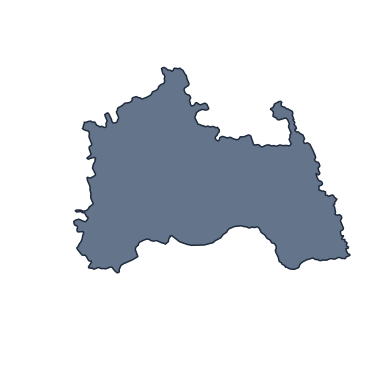 Yizre'el, HaZafon, Israel (Natural Earth projection), rotated 335°
{"feature_id": "584046B83064859640631", "entity_name": "Yizre'el", "entity_type": "district", "adm_level": 2, "iso_a3": "ISR", "parent_name": "Israel", "parent_adm1": "HaZafon", "projection": "natural_earth1", "projection_center": [35.352, 32.606], "detail": "fine", "context": "isolated", "style": "filled", "palette": "slate", "viewbox_px": 384, "rotation_deg": 335, "n_neighbors": 0, "source": "geoboundaries", "source_scale": "gbopen_adm2", "svg_char_len": 6004}
<svg xmlns="http://www.w3.org/2000/svg" viewBox="0 0 384 384"><g transform="rotate(335 192 192)"><path d="M72.4,168.8L71.7,171.0L71.9,172.7L73.3,173.9L73.5,175.2L73.1,176.1L71.9,177.2L71.4,178.8L71.9,180.1L76.4,181.8L76.4,183.6L74.8,185.0L72.9,187.7L70.8,189.8L66.7,192.2L66.4,193.1L64.2,193.8L63.8,194.8L65.6,202.4L66.6,203.4L68.3,204.0L69.0,205.6L69.3,210.0L69.8,211.2L71.4,212.0L71.2,213.1L66.7,216.0L66.3,216.9L67.5,218.0L69.3,218.8L70.5,220.5L75.5,220.9L77.2,223.0L80.0,224.2L81.2,225.2L85.9,225.5L87.6,226.3L88.8,231.0L90.0,233.6L91.0,233.9L92.4,233.6L93.2,231.5L96.6,228.5L99.7,228.1L109.1,228.3L114.7,227.8L115.7,227.4L116.3,220.0L118.0,218.2L120.8,217.4L121.9,216.0L123.6,215.3L128.9,215.3L131.5,215.7L132.9,216.6L134.3,218.7L136.2,220.2L139.4,221.1L143.3,225.5L144.8,226.5L145.8,228.0L149.5,227.0L151.6,224.2L153.4,223.4L153.6,222.6L155.2,223.0L159.8,231.9L165.3,237.3L169.0,240.1L180.7,245.2L189.7,246.8L192.7,245.9L198.6,245.7L202.4,243.7L206.3,243.1L208.5,241.6L209.9,241.0L215.8,241.2L222.4,243.4L224.3,245.2L226.2,246.2L228.4,248.6L229.2,249.0L231.6,249.2L233.7,250.7L236.1,251.0L237.0,251.8L237.6,253.7L237.6,257.9L239.8,261.7L240.4,265.7L242.5,268.6L242.7,271.5L245.1,273.9L245.3,276.4L244.6,278.7L243.0,279.9L242.5,281.6L242.6,287.5L241.7,291.4L242.1,292.5L243.0,293.8L243.2,295.6L244.8,297.7L245.0,299.7L246.1,300.2L247.5,302.3L249.1,303.7L252.3,305.4L256.0,305.6L257.4,305.2L258.3,303.9L259.6,303.1L262.1,302.2L267.0,301.9L272.3,302.7L273.9,303.1L275.1,305.1L276.9,306.3L277.8,306.5L278.1,307.5L279.1,308.4L282.8,309.4L285.2,310.7L289.2,310.8L293.0,313.2L297.1,313.2L298.4,314.0L299.7,315.6L300.8,316.0L302.2,317.0L303.0,317.0L304.3,316.0L307.4,316.2L308.5,315.9L308.2,314.8L307.0,313.2L307.2,309.4L307.5,308.6L309.7,308.9L310.5,308.0L309.5,306.8L309.5,305.7L310.0,304.7L311.0,303.8L310.7,302.7L309.7,301.7L310.4,299.6L308.2,298.5L307.9,297.8L308.2,297.2L310.5,296.2L310.7,295.6L309.0,294.8L309.0,293.3L309.7,290.7L310.3,290.2L312.5,290.0L313.4,289.6L314.0,288.7L314.3,281.2L314.8,280.2L316.3,279.3L317.0,278.3L317.0,276.5L316.1,274.9L314.1,274.6L313.9,274.2L312.8,273.6L312.3,272.6L313.6,270.9L314.8,265.9L314.5,263.9L315.0,263.5L316.2,263.3L316.7,261.9L320.2,259.8L318.9,257.1L318.5,254.6L317.7,253.9L313.8,253.5L313.2,252.2L312.1,251.6L311.7,250.7L312.7,249.3L313.0,248.2L311.4,246.6L309.9,246.0L308.9,244.5L307.9,243.9L309.5,240.5L310.5,240.2L311.9,240.6L313.5,240.0L313.9,239.2L313.9,238.1L313.2,236.5L312.1,235.7L311.5,234.0L311.8,228.5L312.3,227.9L313.7,229.9L314.8,229.8L315.9,228.9L315.7,227.2L316.1,224.4L316.8,223.2L318.1,223.0L318.9,222.4L319.2,219.9L318.9,218.4L317.3,217.1L316.7,215.9L316.7,214.5L318.6,213.1L319.0,211.1L319.2,205.2L319.0,198.6L317.5,196.3L314.6,195.6L314.2,194.3L314.7,192.8L316.5,191.3L316.6,187.2L314.4,184.2L313.9,182.6L312.2,181.8L311.4,180.1L311.8,178.7L313.4,178.7L313.8,176.9L313.1,173.8L314.4,172.7L314.5,171.4L313.9,169.8L314.3,169.1L315.0,169.1L315.4,164.6L316.6,163.4L317.0,161.4L314.0,157.2L312.8,156.6L311.8,154.1L310.5,153.5L309.4,151.9L310.0,149.8L311.2,148.8L310.8,147.4L309.1,146.8L304.0,147.1L301.5,149.5L298.4,149.8L298.2,150.6L299.1,151.7L299.6,154.0L297.4,157.6L299.6,160.5L300.0,162.3L301.1,163.4L307.9,164.5L308.7,165.2L309.2,167.4L309.1,171.2L307.0,173.7L306.7,180.6L306.2,181.1L305.0,181.5L303.9,184.0L302.2,185.4L302.3,190.2L300.9,191.2L299.0,191.0L297.4,189.7L294.0,188.4L291.6,186.5L288.4,186.3L287.0,185.7L286.0,184.6L283.2,183.6L281.7,181.8L279.1,180.9L274.3,180.8L273.6,180.1L273.0,178.2L271.8,176.9L268.7,175.9L267.9,175.3L268.9,166.4L268.5,165.1L267.1,164.1L262.3,163.9L259.1,162.4L257.4,163.6L255.0,163.8L252.1,161.4L249.8,158.5L246.8,158.0L244.1,155.2L242.7,154.3L240.4,154.4L238.5,156.5L237.0,156.6L235.9,155.0L235.8,152.9L236.9,151.8L238.9,151.1L240.1,149.8L242.2,148.9L243.0,147.3L242.4,144.2L240.7,143.9L239.7,142.2L238.4,141.3L235.7,140.7L234.8,139.4L234.1,139.0L231.5,138.4L230.3,136.6L229.2,136.3L228.1,134.7L226.1,133.0L226.0,126.4L226.4,125.0L228.1,123.8L229.6,122.0L232.4,121.3L235.2,121.4L237.1,121.8L238.5,123.4L240.9,124.0L242.3,123.6L242.5,122.4L242.5,118.9L241.6,117.3L240.6,116.8L236.8,116.6L235.6,115.8L234.2,113.2L233.0,112.7L230.7,114.2L228.8,114.1L227.9,113.6L227.6,111.6L228.1,110.6L228.3,108.4L229.1,107.1L230.5,106.3L230.8,104.4L230.1,102.6L229.1,102.0L228.3,100.9L227.6,98.9L228.0,95.9L229.2,94.7L233.3,94.0L234.7,93.3L235.1,92.4L235.3,87.1L236.1,83.9L235.5,82.8L235.2,78.0L233.6,75.4L233.5,74.8L231.3,74.2L228.5,72.4L227.6,72.6L226.4,73.8L225.3,74.1L224.4,73.8L224.2,72.8L221.5,71.0L220.7,69.0L219.3,67.3L217.9,67.0L216.5,67.3L215.6,72.6L216.4,74.2L216.1,76.1L214.6,77.8L214.3,79.6L213.3,81.2L211.3,81.7L209.1,81.5L206.6,82.2L204.6,84.2L202.8,84.7L198.4,84.6L196.3,86.4L195.0,86.8L190.6,87.0L186.8,86.7L185.8,86.4L184.8,84.7L183.7,84.2L181.8,82.0L178.2,81.5L177.2,82.0L176.2,83.9L174.1,84.5L171.8,84.2L168.7,83.1L165.1,84.2L160.5,84.5L159.8,84.9L158.9,86.5L157.6,87.1L157.1,88.4L157.1,93.0L156.5,94.3L155.1,95.1L154.2,96.4L152.9,97.0L150.5,96.6L149.7,96.1L149.2,94.1L149.7,92.3L149.6,86.5L149.3,85.0L148.5,84.5L145.7,85.0L145.3,87.0L145.2,91.6L142.9,93.6L142.2,96.2L141.1,96.8L140.0,96.6L137.8,94.2L136.1,94.2L135.6,93.2L133.8,91.1L133.4,87.5L131.1,86.5L130.4,85.1L128.4,84.3L125.2,84.0L123.8,83.3L123.3,84.6L121.8,85.7L120.6,87.6L119.6,88.1L120.0,89.3L121.2,90.8L123.6,92.8L124.0,94.1L123.8,95.6L123.0,96.6L121.9,98.7L121.4,106.1L120.5,107.2L118.1,107.5L117.1,109.1L116.5,115.0L115.6,115.8L111.7,116.6L111.1,117.0L111.8,118.4L116.5,118.9L118.3,119.6L118.9,120.8L117.5,121.9L117.2,123.2L114.5,125.0L111.9,128.3L112.1,135.2L111.0,136.1L106.0,136.4L105.1,136.1L103.8,134.6L102.8,134.8L102.1,137.7L102.0,142.5L101.6,144.8L100.5,146.7L99.7,150.9L98.8,152.2L97.7,154.9L97.6,160.2L97.0,161.2L92.8,162.1L90.1,163.9L87.5,164.1L85.3,163.3L83.1,161.1L80.1,159.7L78.9,159.5L78.4,159.7L78.8,161.1L79.3,161.5L82.9,162.6L84.1,164.5L85.8,165.6L86.2,170.1L86.9,170.9L86.6,172.1L83.9,173.6L82.7,173.8L81.6,173.0L77.9,168.8L74.4,168.3L72.4,168.8Z" fill="#64748b" stroke="#1e293b" stroke-width="1.5"/></g></svg>